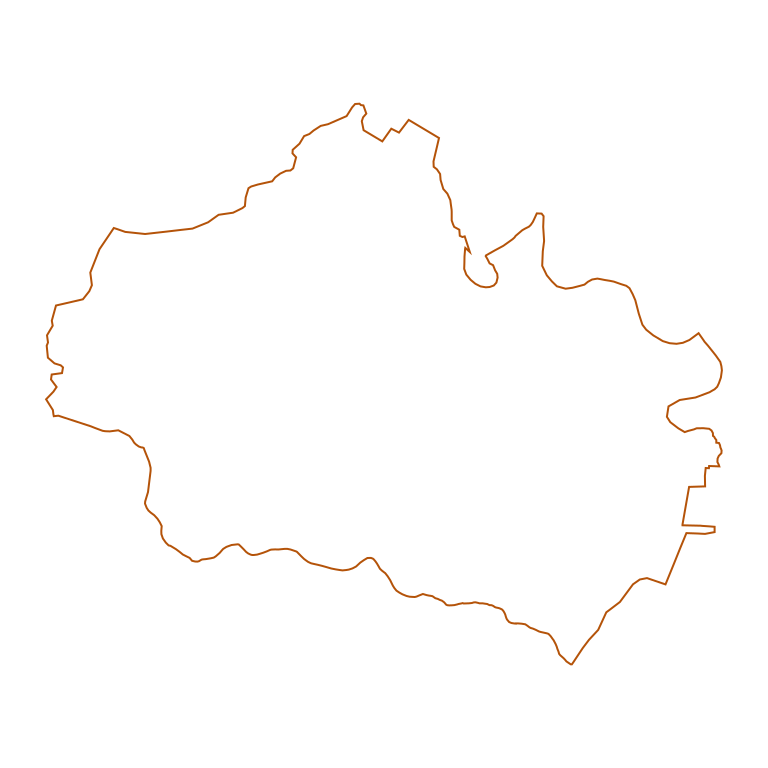 Bata, Arad, Romania
{"feature_id": "2599482B24264783228230", "entity_name": "Bata", "entity_type": "district", "adm_level": 2, "iso_a3": "ROU", "parent_name": "Romania", "parent_adm1": "Arad", "projection": "natural_earth1", "projection_center": [22.051, 46.0], "detail": "fine", "context": "isolated", "style": "outline", "palette": "amber", "viewbox_px": 768, "rotation_deg": 0, "n_neighbors": 0, "source": "geoboundaries", "source_scale": "gbopen_adm2", "svg_char_len": 5450}
<svg xmlns="http://www.w3.org/2000/svg" viewBox="0 0 768 768"><path d="M571.9,664.3L573.3,662.3L581.8,649.5L582.8,648.0L589.0,639.8L598.2,629.9L606.3,612.3L609.4,610.0L619.9,602.0L633.0,584.3L639.8,579.5L647.0,578.1L665.5,584.4L673.9,563.8L680.1,548.4L686.4,533.1L697.5,533.5L705.0,533.9L714.6,532.1L714.6,526.8L709.8,526.4L702.4,525.9L700.5,525.7L682.5,525.3L682.5,524.5L689.1,486.9L705.1,486.4L704.9,475.9L705.7,468.0L708.9,468.2L709.1,466.0L719.3,466.4L718.8,464.8L717.4,462.0L717.6,458.5L718.8,455.9L721.4,453.2L721.6,450.5L721.0,448.8L720.4,447.5L720.0,445.2L719.0,443.0L716.3,442.7L716.3,440.0L714.9,438.2L714.5,437.3L714.0,436.6L713.0,435.9L712.9,433.1L711.5,430.5L709.2,428.8L703.3,428.2L696.6,428.3L693.9,429.4L688.2,430.9L684.7,432.1L678.3,428.3L670.3,422.2L666.9,416.8L668.5,406.4L679.7,400.0L695.5,397.5L709.6,392.2L712.1,390.7L714.6,389.3L717.2,386.8L718.9,383.2L720.9,377.5L721.9,370.3L721.4,366.2L720.3,361.9L715.8,355.5L708.0,345.7L704.5,341.7L703.6,340.3L698.6,333.2L689.4,340.0L682.9,342.8L676.5,343.8L669.6,343.2L662.8,341.1L653.3,335.4L646.2,329.7L642.4,324.7L638.8,313.7L635.3,300.2L632.6,294.0L629.5,288.2L626.3,285.8L620.9,284.1L613.8,281.6L609.8,280.8L604.8,280.0L600.8,279.2L597.4,278.6L592.1,279.5L587.9,281.8L584.5,284.6L579.8,285.9L572.4,287.8L565.6,288.7L556.9,286.3L551.9,281.4L546.8,275.3L542.2,265.8L542.8,251.2L544.1,241.0L543.2,226.9L543.6,216.2L541.6,213.6L536.8,213.4L534.8,217.8L532.8,222.0L530.7,225.0L528.9,226.7L525.1,228.6L522.3,230.2L518.9,233.1L515.6,235.9L514.5,237.5L512.6,239.2L508.0,242.5L503.2,245.9L495.0,250.3L486.0,255.4L485.7,256.1L487.3,258.8L489.6,263.4L493.1,265.2L495.1,270.3L497.2,273.8L497.6,277.6L496.4,282.6L493.8,285.5L489.7,287.0L485.8,287.3L480.5,286.4L475.4,283.8L470.6,279.8L466.3,274.6L464.2,268.9L464.4,262.6L464.5,256.5L465.1,248.9L465.3,247.9L469.8,252.0L464.7,236.4L462.4,237.0L459.8,235.8L459.3,229.7L454.2,226.9L453.0,224.2L451.7,220.4L451.7,215.1L451.7,211.9L451.6,209.7L450.8,204.0L450.3,200.1L447.4,193.7L443.3,189.0L440.6,180.0L440.1,174.0L436.9,169.3L433.7,166.8L433.5,161.4L435.6,152.5L436.3,149.6L439.0,138.0L408.7,119.9L399.0,132.6L391.3,128.7L382.3,141.4L363.6,130.2L361.8,121.2L363.1,117.3L366.3,113.6L363.4,105.4L360.9,105.1L359.5,103.7L355.1,104.0L352.1,107.4L346.6,116.1L328.0,124.2L320.7,125.9L313.6,130.5L309.4,134.0L304.1,136.1L299.5,143.7L292.7,149.8L292.5,153.4L296.1,157.3L293.2,168.3L290.4,170.5L286.1,170.8L280.2,173.6L275.2,177.4L272.2,181.3L257.9,184.5L251.2,186.5L248.5,188.2L245.7,197.4L244.9,206.1L242.4,208.1L233.1,212.7L218.6,214.8L208.1,222.3L192.5,228.6L181.0,229.9L166.5,231.6L145.1,234.0L125.2,231.9L119.5,229.9L117.5,229.2L113.8,228.0L111.0,232.2L99.5,249.2L90.3,272.6L91.9,285.2L89.3,291.2L82.9,299.3L63.9,303.7L56.0,305.5L51.8,320.7L52.7,325.7L47.0,335.3L48.0,342.5L46.7,345.7L47.9,357.7L54.5,363.4L60.7,365.3L63.0,367.4L62.0,373.1L51.7,374.5L51.0,379.5L56.6,387.0L53.4,391.7L46.1,399.3L52.9,410.1L53.4,414.2L53.8,416.2L58.4,415.7L63.8,417.5L90.8,426.3L94.8,427.9L102.6,430.8L105.1,431.2L109.7,431.4L118.3,430.3L129.4,436.0L132.3,439.6L134.1,442.6L135.9,444.4L138.8,446.5L141.3,447.4L142.7,447.5L143.8,448.1L144.5,450.2L149.1,461.7L150.6,467.8L150.6,470.9L148.0,492.1L145.2,501.4L145.0,503.6L146.7,507.9L148.4,510.5L150.7,512.6L154.2,515.2L157.5,518.8L159.8,522.3L161.7,526.1L161.3,530.9L161.4,534.2L162.9,538.5L165.8,542.6L168.6,545.4L170.4,545.8L176.0,549.2L179.5,551.8L181.5,553.4L182.8,554.5L186.5,556.4L189.6,557.9L192.1,560.8L195.1,561.5L197.4,561.6L199.0,561.2L200.9,560.0L202.0,559.5L203.6,559.3L205.9,559.1L210.7,558.3L213.8,557.6L215.8,556.3L219.7,552.9L222.1,550.1L223.2,548.9L226.4,546.9L228.0,546.3L231.6,545.0L237.7,544.3L238.8,544.5L241.0,546.6L243.5,549.1L246.1,551.9L248.1,553.4L250.6,554.6L252.1,555.0L253.8,555.0L257.1,554.6L259.5,553.9L263.3,552.7L267.0,551.3L270.1,549.9L271.3,549.6L275.1,549.4L278.3,549.5L281.3,549.2L284.4,548.9L287.5,548.9L290.5,549.5L296.1,551.4L296.9,551.8L301.3,556.3L304.0,558.9L306.0,560.4L308.1,561.9L311.1,563.3L315.0,564.2L317.8,564.8L322.2,565.9L326.8,567.2L331.3,568.5L335.8,569.4L339.6,570.0L342.5,570.4L346.4,570.0L348.8,569.6L352.5,568.4L356.1,566.5L360.3,562.6L363.9,560.1L367.4,558.0L370.9,557.9L372.8,558.6L373.7,559.3L375.4,561.3L377.0,563.6L378.7,566.5L379.9,568.7L381.9,570.6L384.6,572.7L385.2,573.1L387.7,576.3L390.2,580.2L391.9,583.7L392.9,585.7L394.4,588.1L395.7,589.7L396.4,590.6L399.2,592.5L402.4,594.3L406.6,596.0L409.6,596.7L412.7,596.9L414.8,597.0L416.5,596.6L419.3,595.4L422.9,594.0L426.6,595.1L429.0,595.6L430.5,595.8L432.5,596.2L435.3,598.2L437.8,598.9L440.0,600.0L441.8,600.6L443.9,602.1L444.5,602.7L446.2,604.7L447.3,605.2L449.2,605.4L451.8,605.3L454.4,605.1L457.3,604.4L458.5,604.0L461.6,603.4L462.7,603.1L463.7,603.5L469.0,603.3L471.9,603.0L473.8,602.4L475.5,602.3L478.1,602.9L479.4,603.3L481.6,603.3L482.5,603.3L484.3,603.6L487.2,604.0L489.4,605.1L491.6,605.2L493.4,606.0L494.7,607.0L496.0,607.5L498.5,608.0L499.5,608.3L501.5,609.2L502.3,609.7L503.6,611.3L504.7,613.3L505.3,614.7L505.8,616.5L506.5,618.5L507.1,619.6L509.1,622.0L511.4,623.0L514.4,623.5L515.8,623.6L515.8,623.4L518.0,623.4L521.6,623.7L525.3,624.3L527.5,625.8L529.3,627.2L530.5,627.9L532.9,628.6L535.7,629.8L539.1,631.5L540.8,632.0L543.6,632.6L547.1,633.4L548.5,633.9L550.7,636.2L552.6,638.9L553.6,640.2L555.6,644.0L556.7,646.6L557.4,648.9L558.5,651.6L559.1,653.8L560.2,655.2L563.6,658.2L565.2,659.9L566.4,661.4L570.4,664.1L570.7,664.3L571.9,664.3Z" fill="none" stroke="#b45309" stroke-width="2"/></svg>